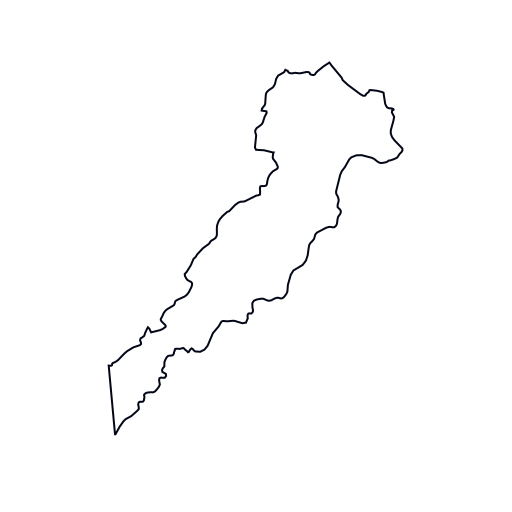 an SVG outline of Putumayo, rotated 102°
{"feature_id": "COL-1407", "entity_name": "Putumayo", "entity_type": "Intendancy", "adm_level": 1, "iso_a3": "COL", "parent_name": "Colombia", "parent_adm1": "", "projection": "orthographic", "projection_center": [-75.67, 0.437], "detail": "fine", "context": "isolated", "style": "outline", "palette": "ink", "viewbox_px": 512, "rotation_deg": 102, "n_neighbors": 0, "source": "natural_earth", "source_scale": "10m", "svg_char_len": 4607}
<svg xmlns="http://www.w3.org/2000/svg" viewBox="0 0 512 512"><g transform="rotate(102 256 256)"><path d="M180.1,260.5L177.1,260.3L174.5,259.7L172.1,258.6L169.7,257.1L166.4,253.6L165.2,253.0L163.8,253.4L161.6,255.1L161.0,255.4L160.3,256.1L157.3,259.6L156.2,260.1L154.9,260.3L152.3,260.5L151.1,260.3L151.2,261.1L150.9,270.1L152.1,278.1L150.0,279.6L138.0,280.9L134.8,282.6L133.1,282.8L130.8,282.0L127.5,279.0L125.6,277.6L123.9,277.1L118.0,276.5L113.8,275.3L112.3,275.9L112.6,280.7L110.7,280.8L106.4,278.8L104.9,278.7L96.5,279.9L94.6,279.9L92.9,279.2L90.8,277.7L88.2,275.1L86.9,274.2L84.9,273.5L83.4,273.2L78.6,273.1L75.0,271.9L70.3,266.7L67.8,266.0L68.0,265.2L68.4,263.4L68.8,263.1L69.5,262.5L69.9,261.6L70.1,260.9L69.8,258.4L68.7,256.0L68.4,252.3L68.0,250.5L65.5,244.8L65.3,243.5L65.3,242.3L65.8,241.5L66.3,241.3L66.8,240.9L67.1,240.1L67.2,238.1L66.8,236.9L66.1,236.1L64.1,235.3L61.9,233.8L56.3,229.2L51.5,224.4L54.0,221.7L61.4,212.3L63.7,209.4L66.0,207.7L69.5,201.8L75.3,189.2L75.8,188.2L76.9,184.9L76.9,183.9L76.5,182.7L76.0,182.3L74.4,181.8L72.0,179.8L71.2,179.5L70.7,179.6L70.2,179.5L69.9,178.8L69.2,172.1L69.4,166.9L69.7,165.2L71.5,164.6L80.2,161.3L81.5,160.4L83.2,158.9L83.7,157.7L83.8,156.3L83.4,153.8L83.7,152.4L84.0,151.9L84.5,151.9L84.8,152.3L85.2,153.1L87.4,152.9L91.1,149.8L95.1,149.7L104.7,150.3L108.0,149.7L111.2,147.8L114.0,144.7L120.4,135.2L122.3,134.7L124.3,135.4L126.2,136.7L130.3,138.3L132.4,140.9L134.6,144.5L134.9,145.8L137.0,147.8L138.5,151.2L139.0,152.9L139.1,154.4L138.5,156.6L136.5,160.6L135.9,162.8L135.4,173.5L136.6,178.6L139.5,183.1L141.9,184.8L150.5,187.5L155.4,189.8L159.1,190.5L176.2,191.1L178.1,190.6L179.3,189.8L180.3,188.8L181.8,187.8L183.6,186.9L185.1,186.6L189.0,186.8L191.1,186.4L192.1,185.1L192.9,183.7L194.1,182.5L194.3,182.5L195.9,182.1L197.6,182.5L200.9,183.9L203.1,183.9L207.7,183.5L209.8,184.0L211.6,185.4L212.0,186.9L212.0,188.6L212.3,190.5L213.8,193.3L220.3,201.1L222.4,202.4L227.3,202.8L229.7,204.0L232.0,205.5L234.1,206.2L236.3,206.2L244.6,205.6L250.1,206.2L255.0,208.5L262.4,216.4L267.2,218.1L277.5,218.8L284.3,217.9L286.7,218.4L289.6,219.7L291.0,220.6L292.0,221.8L292.4,223.0L292.2,225.4L292.4,226.6L293.4,228.5L296.2,231.9L297.1,233.9L297.1,235.9L296.3,239.9L296.7,242.1L298.4,246.2L300.2,248.8L302.9,249.8L307.0,248.8L310.0,247.5L311.2,247.5L312.9,248.3L313.3,248.9L313.6,251.0L314.1,251.6L315.2,251.9L316.4,251.8L318.7,251.1L323.3,252.0L324.6,255.4L323.9,263.5L324.2,265.2L325.9,270.7L326.4,274.8L327.4,276.2L332.6,277.9L340.4,282.1L354.0,284.7L358.3,287.0L361.3,290.7L362.0,295.7L361.3,297.1L360.1,298.6L359.8,299.9L361.4,301.0L363.8,301.8L364.3,302.5L363.6,303.4L362.0,306.5L361.3,307.3L361.1,308.2L362.5,310.7L362.8,311.8L363.1,313.9L363.6,315.6L364.4,316.0L365.4,315.8L367.3,316.2L368.2,316.1L369.1,316.2L370.2,316.7L370.8,317.6L371.6,320.3L372.2,321.4L373.9,322.4L376.3,323.1L378.8,323.5L380.7,323.2L382.9,322.7L384.0,323.1L385.1,323.8L387.1,324.2L388.9,323.4L390.0,319.7L392.0,319.0L394.0,319.9L394.5,321.7L394.7,323.7L395.6,325.0L397.6,325.0L401.8,323.3L404.4,323.9L408.7,326.1L409.9,327.1L410.7,328.3L410.9,329.1L411.0,330.1L412.1,333.7L412.7,334.8L413.6,335.8L414.9,336.6L415.9,336.4L416.8,335.9L418.0,335.7L419.2,335.8L419.9,335.6L420.7,335.7L421.8,336.2L422.3,337.1L422.8,339.5L423.6,340.3L425.8,340.4L427.9,339.4L429.9,338.8L432.2,340.0L438.7,344.9L442.7,349.6L445.3,351.3L451.1,353.8L460.3,356.6L460.5,356.6L393.8,377.3L393.7,376.0L393.4,374.8L392.8,374.2L391.1,374.2L390.5,373.9L389.4,372.2L387.8,370.4L386.4,369.2L379.1,364.7L375.9,362.3L370.8,356.9L367.4,351.1L366.2,350.2L364.9,350.4L363.9,351.0L363.1,351.6L362.5,351.9L360.8,351.8L360.1,351.4L359.7,350.8L359.1,350.2L358.3,349.6L357.8,349.0L357.0,348.7L354.0,348.4L351.6,347.8L350.4,347.6L348.2,346.9L349.2,345.3L352.5,342.7L348.4,334.3L346.6,331.9L344.1,329.7L342.7,330.0L339.6,334.8L338.3,335.9L337.1,336.0L335.1,335.3L330.9,334.4L328.3,333.2L326.7,332.0L321.7,326.6L321.0,326.0L319.9,325.7L317.7,325.6L316.7,325.3L315.3,323.9L310.5,317.4L308.2,315.5L305.7,314.3L300.2,312.8L297.8,312.5L295.9,312.9L294.8,314.2L294.3,316.5L293.7,318.1L292.2,319.8L290.3,321.3L288.5,322.0L286.2,320.6L278.5,317.8L271.8,316.5L269.4,314.8L266.5,313.8L259.4,309.5L253.7,304.4L251.6,303.7L250.3,302.9L248.8,301.2L246.9,299.4L244.4,298.6L242.2,298.9L236.9,300.1L234.1,300.4L231.5,300.1L229.1,299.6L227.1,298.8L223.7,296.9L218.8,293.3L217.8,291.6L210.4,287.0L207.4,284.3L206.1,282.3L205.5,280.0L204.9,278.4L196.8,268.2L196.3,266.7L195.1,264.9L192.4,265.3L189.3,266.2L187.1,266.3L186.5,265.4L185.8,262.2L185.1,260.9L184.1,260.4L182.7,260.3L180.1,260.5Z" fill="none" stroke="#020617" stroke-width="2"/></g></svg>